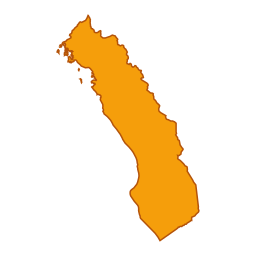 outline of Pesisir Selatan, Sumatera Barat, Indonesia
{"feature_id": "22746128B35993392452682", "entity_name": "Pesisir Selatan", "entity_type": "district", "adm_level": 2, "iso_a3": "IDN", "parent_name": "Indonesia", "parent_adm1": "Sumatera Barat", "projection": "orthographic", "projection_center": [100.561, -1.718], "detail": "fine", "context": "isolated", "style": "filled", "palette": "amber", "viewbox_px": 256, "rotation_deg": 0, "n_neighbors": 0, "source": "geoboundaries", "source_scale": "gbopen_adm2", "svg_char_len": 5463}
<svg xmlns="http://www.w3.org/2000/svg" viewBox="0 0 256 256"><path d="M198.4,206.9L195.8,184.9L193.6,182.1L192.7,180.1L187.2,171.2L187.4,169.3L187.1,167.0L186.6,166.5L185.1,165.9L183.7,163.9L180.9,161.1L180.1,160.4L178.2,159.2L177.7,158.6L178.0,156.7L177.6,155.4L178.4,155.6L179.1,155.5L180.9,154.2L181.2,152.0L182.8,149.9L183.1,149.2L182.7,148.4L182.0,147.8L180.1,144.9L179.3,140.7L179.1,140.4L177.7,139.5L177.7,138.2L177.4,137.2L176.8,136.7L175.7,134.8L176.5,133.6L176.1,131.9L176.1,123.2L174.5,121.8L172.6,121.0L170.7,121.0L168.3,119.7L166.7,119.3L166.2,118.8L165.5,116.8L165.9,115.7L160.9,112.8L159.2,111.4L158.8,110.4L158.7,108.9L159.0,107.7L159.5,106.5L159.6,105.5L159.1,105.1L158.9,104.6L158.0,104.0L157.8,103.5L156.9,103.0L155.4,100.3L154.2,99.5L153.8,98.5L153.7,96.4L153.1,94.9L153.3,93.8L152.6,93.2L150.4,92.9L148.2,91.0L147.0,90.2L146.9,89.8L147.7,88.1L147.4,86.5L148.1,85.6L148.0,84.3L146.9,83.1L141.8,80.0L141.0,79.1L140.9,78.8L141.5,78.0L142.8,77.9L143.4,77.5L142.7,75.0L140.7,72.3L140.7,71.8L141.3,71.1L141.3,70.6L140.9,70.3L139.6,70.4L139.0,69.9L138.2,69.0L137.7,67.9L136.7,67.3L135.8,65.8L135.0,65.6L133.9,66.8L133.1,67.1L132.5,67.0L131.4,65.7L131.3,64.2L130.1,63.4L129.1,64.5L127.5,63.6L127.2,63.7L126.9,63.2L126.8,62.5L127.3,61.0L127.2,59.7L128.2,58.7L128.3,57.3L127.8,55.9L126.6,54.8L126.5,54.4L126.7,53.2L127.3,52.1L125.7,49.1L125.2,48.9L124.7,48.4L123.6,47.0L123.8,46.3L123.6,45.7L122.9,45.2L122.2,45.1L121.7,45.2L120.5,45.8L119.6,45.5L118.9,44.9L117.7,44.5L117.5,41.7L117.0,40.5L117.6,39.8L117.7,39.2L115.9,37.1L115.3,36.0L112.4,35.1L111.3,35.6L110.3,36.3L104.9,38.1L104.2,37.9L103.0,38.0L101.2,36.6L100.6,35.9L100.9,33.9L100.5,32.8L100.8,32.1L100.8,31.0L100.5,30.8L100.3,30.7L98.9,31.4L98.1,32.2L97.0,32.7L95.3,32.6L94.3,32.0L94.0,30.1L93.4,29.8L92.5,28.7L91.4,28.6L91.2,28.2L91.0,26.9L90.5,26.4L90.5,25.3L90.2,23.2L90.1,22.1L90.3,21.7L90.1,20.8L90.4,19.9L89.4,17.3L88.7,16.7L88.4,15.6L88.1,15.4L86.9,18.3L85.6,20.4L81.6,22.4L80.5,21.9L79.6,22.2L78.4,24.0L77.4,25.1L77.5,25.7L77.3,26.1L76.5,26.5L75.7,27.4L74.9,27.9L73.6,29.7L72.3,30.5L71.7,33.0L71.1,33.7L69.8,34.4L69.6,35.3L69.6,35.6L70.1,35.7L70.9,36.5L70.9,37.8L68.5,39.2L67.3,39.6L65.9,41.2L63.1,42.2L62.2,43.4L62.1,44.7L61.3,45.6L63.1,44.4L63.5,44.9L63.5,44.4L63.9,43.9L64.9,43.3L65.2,43.6L65.4,44.4L65.6,44.8L64.8,45.9L65.4,47.4L64.9,47.8L65.1,48.1L65.6,48.1L65.8,48.9L67.1,48.2L67.4,48.5L67.1,48.7L67.5,48.5L67.9,48.6L68.1,49.2L67.6,49.5L67.7,49.9L68.1,50.4L69.3,50.8L69.5,51.1L70.3,51.1L70.4,51.5L70.7,51.3L71.0,50.7L72.1,50.9L72.3,51.4L72.6,51.5L71.7,52.4L71.9,53.3L71.7,53.7L72.1,54.7L71.9,55.0L71.4,54.7L71.0,55.0L72.0,55.4L71.7,55.7L71.8,55.9L73.0,55.8L73.2,56.0L72.4,57.2L72.5,57.7L73.0,57.9L72.5,58.3L72.4,58.8L72.7,59.5L72.0,59.7L71.4,59.5L70.7,57.8L70.6,57.0L69.8,57.0L69.4,56.6L68.9,56.8L68.4,57.3L68.5,58.9L68.7,59.7L68.1,60.8L68.0,61.8L69.0,61.8L69.7,62.3L69.9,61.8L70.6,61.4L71.0,61.9L70.9,62.7L71.1,62.8L72.2,62.0L73.7,61.5L74.0,61.2L74.1,60.5L74.8,60.0L75.8,60.0L76.7,60.8L77.5,62.4L80.2,64.7L81.2,66.0L85.4,67.8L88.3,67.5L89.0,67.6L90.3,68.6L92.7,71.6L92.7,72.3L92.5,72.7L92.0,72.8L92.2,73.9L92.8,73.5L93.1,73.5L93.5,73.9L93.7,74.8L92.9,76.1L92.2,75.7L91.9,75.8L91.9,76.4L91.6,76.8L92.0,77.2L93.8,76.4L94.3,76.5L94.5,76.9L94.4,78.1L95.0,78.1L95.4,78.3L95.6,79.4L96.3,79.8L96.4,80.1L96.0,80.5L95.1,80.1L93.5,80.1L92.2,80.7L91.7,81.6L91.3,81.9L91.7,82.9L92.9,82.7L93.6,83.5L94.7,83.3L95.1,84.0L95.0,84.4L94.3,84.9L93.5,85.7L93.2,86.4L92.7,86.8L92.1,86.6L91.7,87.0L93.2,88.9L93.7,89.9L94.1,90.0L96.1,92.2L97.0,93.7L97.1,94.6L97.5,94.3L97.9,94.3L98.9,94.6L99.3,95.0L99.8,94.8L100.9,95.9L101.0,97.2L100.5,97.5L100.6,98.0L100.3,99.8L102.8,104.5L102.9,106.8L102.7,108.1L103.3,109.2L103.5,110.0L103.4,110.7L103.3,111.0L103.1,110.9L102.9,111.4L103.9,113.0L104.0,113.8L107.4,116.6L110.6,120.2L112.1,122.8L113.3,125.3L116.5,129.1L120.3,134.4L122.3,138.2L122.7,139.3L125.1,143.1L128.8,146.8L131.6,150.1L133.3,152.5L136.0,157.7L136.9,160.3L137.3,163.1L137.7,164.4L137.7,165.1L137.2,166.2L137.8,168.7L137.8,169.5L138.8,173.4L139.0,176.0L138.7,177.9L137.7,182.0L136.8,184.2L133.9,187.9L131.5,189.7L130.6,190.7L130.2,191.7L130.1,193.2L130.3,194.8L130.8,196.1L134.3,201.3L137.4,204.9L138.2,206.1L138.6,207.7L138.7,209.9L138.6,210.2L138.8,211.6L139.5,214.6L140.1,215.9L140.2,217.4L140.6,218.4L155.1,233.2L158.0,237.1L160.0,240.6L176.1,229.3L177.7,228.1L178.3,227.2L179.3,227.1L179.6,226.7L180.3,226.4L181.8,226.5L182.7,225.5L183.9,225.4L184.8,224.3L186.4,224.1L187.1,223.1L190.1,221.3L190.7,220.5L191.7,220.5L191.6,217.9L191.8,217.2L194.8,215.9L196.2,214.1L198.5,212.0L198.9,210.8L198.2,208.4L198.4,206.9ZM66.3,50.2L66.8,49.4L66.1,49.7L65.5,49.5L65.0,50.0L65.2,51.5L65.0,52.3L64.4,52.9L64.5,53.5L64.3,54.0L64.4,54.7L64.8,54.9L64.7,55.3L65.7,54.7L66.0,55.0L66.5,54.8L66.7,55.2L67.4,55.6L68.0,54.4L67.7,53.4L67.9,52.5L67.5,51.9L67.6,51.5L67.1,51.4L66.8,51.5L66.7,51.7L67.1,51.8L67.1,52.0L66.2,52.8L65.8,52.6L65.8,52.8L65.5,52.5L66.0,52.1L66.2,51.1L66.5,50.8L66.3,50.2ZM59.0,49.6L58.1,49.8L57.4,50.9L57.1,52.0L57.5,52.1L58.3,52.5L58.8,53.1L58.7,52.0L59.1,51.0L58.7,50.7L58.6,50.1L58.8,49.7L59.0,49.6ZM81.5,79.9L80.6,78.8L80.1,79.0L80.8,79.4L81.0,80.1L80.9,80.1L80.9,80.7L81.4,80.7L81.5,79.9ZM78.8,70.6L79.3,69.3L78.9,68.8L78.5,69.4L78.6,70.4L78.8,70.6ZM61.2,47.0L61.5,46.5L61.2,46.3L61.3,45.6L60.2,47.1L61.2,47.0ZM60.2,45.8L60.7,45.0L60.3,44.9L59.8,45.8L60.2,45.8ZM81.6,81.8L81.4,81.8L81.3,82.1L81.5,82.7L81.7,82.4L81.6,81.8Z" fill="#f59e0b" stroke="#b45309" stroke-width="1.5"/></svg>